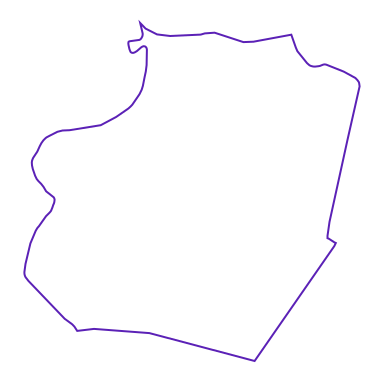 outline of Ar Raqqah
{"feature_id": "SYR-136", "entity_name": "Ar Raqqah", "entity_type": "Province", "adm_level": 1, "iso_a3": "SYR", "parent_name": "Syria", "parent_adm1": "", "projection": "robinson", "projection_center": [38.68, 35.997], "detail": "fine", "context": "isolated", "style": "outline", "palette": "violet", "viewbox_px": 384, "rotation_deg": 0, "n_neighbors": 0, "source": "natural_earth", "source_scale": "10m", "svg_char_len": 1649}
<svg xmlns="http://www.w3.org/2000/svg" viewBox="0 0 384 384"><path d="M243.4,42.1L253.5,41.7L291.3,34.7L295.8,47.5L297.4,51.2L307.0,63.1L309.5,65.3L311.1,66.0L313.1,66.5L315.0,66.6L318.5,66.2L320.0,65.9L323.0,64.7L323.8,64.5L324.6,64.4L325.5,64.5L326.4,64.7L343.7,71.6L355.4,78.0L357.4,80.1L358.7,81.9L359.0,82.6L359.2,83.5L359.6,86.4L347.5,139.8L329.5,221.9L327.5,235.9L327.5,238.2L328.8,238.7L334.3,242.3L335.8,243.0L334.3,246.1L254.6,361.0L149.4,333.1L94.0,328.9L77.2,330.9L74.4,326.6L72.2,324.3L64.7,318.8L28.5,281.0L25.8,277.5L25.3,276.7L24.9,275.7L24.5,274.2L24.4,273.0L24.4,272.0L25.5,263.9L30.4,243.4L35.7,230.8L37.3,228.1L38.3,226.9L38.8,226.4L46.0,216.2L49.7,212.5L50.7,211.3L51.1,210.7L52.4,207.5L53.3,204.8L53.6,204.2L54.0,203.2L54.3,202.1L54.6,199.7L54.3,198.4L53.7,197.3L46.1,191.3L46.0,191.1L43.6,187.0L41.2,183.9L38.5,181.2L36.7,179.0L35.1,175.7L32.8,169.0L32.0,165.4L31.8,162.6L32.0,160.9L32.5,159.4L33.2,157.8L37.3,151.6L39.7,146.3L41.4,143.1L43.4,140.3L45.5,138.2L46.5,137.4L49.7,135.7L57.4,131.8L62.6,130.5L69.6,130.2L100.7,125.2L116.1,117.0L128.4,108.5L130.6,106.5L132.3,104.7L139.5,94.2L141.7,89.7L142.9,85.8L144.4,78.1L145.8,71.5L146.6,65.1L146.9,49.9L146.8,49.0L146.6,48.3L146.3,47.6L145.8,47.0L145.2,46.5L144.4,46.3L143.7,46.2L142.9,46.4L141.5,47.1L137.0,51.0L135.1,52.2L133.6,52.8L132.8,52.9L132.0,52.8L131.3,52.5L130.7,52.1L130.1,50.9L129.4,49.0L128.5,45.0L128.3,43.1L128.6,41.8L129.2,41.4L130.0,41.2L139.4,39.9L140.3,39.4L141.2,38.5L142.3,36.5L142.6,35.2L142.7,34.0L142.6,33.2L140.2,23.0L145.6,28.6L157.0,34.4L170.2,36.0L200.7,34.6L204.8,33.4L214.6,32.7L243.4,42.1Z" fill="none" stroke="#5b21b6" stroke-width="2"/></svg>